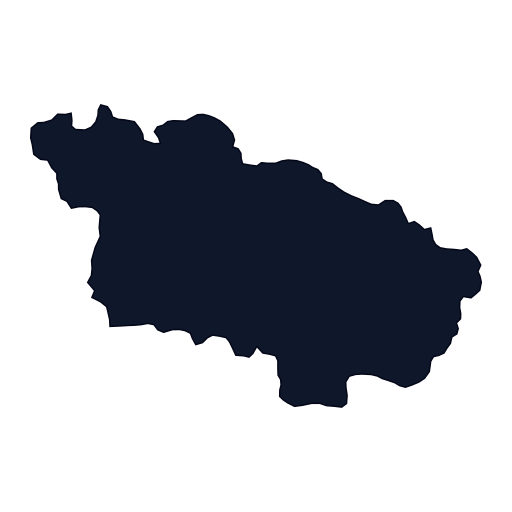 the district of Guaranésia, Minas Gerais, Brazil, rotated 90°
{"feature_id": "56859067B62270278067263", "entity_name": "Guaranésia", "entity_type": "district", "adm_level": 2, "iso_a3": "BRA", "parent_name": "Brazil", "parent_adm1": "Minas Gerais", "projection": "albers", "projection_center": [-46.812, -21.278], "detail": "fine", "context": "isolated", "style": "filled", "palette": "ink", "viewbox_px": 512, "rotation_deg": 90, "n_neighbors": 0, "source": "geoboundaries", "source_scale": "gbopen_adm2", "svg_char_len": 2663}
<svg xmlns="http://www.w3.org/2000/svg" viewBox="0 0 512 512"><g transform="rotate(90 256 256)"><path d="M128.2,480.7L137.8,481.3L144.5,479.7L154.3,478.2L159.3,471.5L160.1,464.3L167.8,460.2L173.3,455.1L178.9,455.1L183.9,453.4L189.3,453.4L198.6,450.7L201.2,445.1L208.2,440.6L206.7,433.4L206.6,426.5L207.4,419.7L210.7,414.9L214.9,411.7L227.5,412.8L236.4,411.7L247.5,416.8L260.2,420.4L268.7,419.9L275.6,420.6L282.4,424.3L290.7,417.3L297.4,420.1L301.6,411.7L306.7,405.3L319.7,402.3L326.4,402.0L325.9,391.3L325.4,383.1L325.2,377.3L324.6,370.7L323.4,364.2L324.6,358.1L329.8,354.2L332.3,348.4L329.6,339.5L329.5,332.2L330.6,327.0L333.2,321.6L338.6,319.5L344.6,316.2L342.6,309.5L337.8,304.7L335.1,299.4L336.1,292.5L337.6,285.9L341.8,282.5L348.2,279.4L355.2,276.2L355.8,268.1L357.1,263.0L353.4,259.1L346.4,255.2L353.0,249.2L354.2,242.3L355.8,236.4L360.7,234.1L368.7,234.1L375.2,233.9L379.6,231.3L385.0,230.9L390.2,232.2L396.4,232.3L400.0,228.6L402.9,224.2L406.3,217.5L405.3,209.7L403.3,200.3L403.3,192.2L405.6,185.5L406.3,176.9L407.1,170.3L403.5,165.5L395.4,164.9L388.2,166.0L382.0,166.3L376.2,162.8L374.4,156.4L374.0,150.2L374.5,140.8L376.0,134.6L378.6,129.6L380.4,123.9L382.7,117.2L385.6,112.4L387.2,106.6L385.0,100.2L382.0,93.0L378.2,87.4L371.6,82.7L361.2,81.3L356.6,78.5L355.4,73.3L353.0,68.0L348.6,65.4L343.4,61.6L337.0,60.2L333.9,55.2L328.6,53.8L322.9,55.6L318.8,51.5L313.6,51.3L307.4,52.4L301.1,52.1L296.5,48.7L297.8,41.0L294.2,36.6L290.3,32.3L282.3,30.7L276.3,32.0L271.5,34.1L265.1,31.3L257.3,35.4L253.0,39.9L248.8,45.3L250.3,50.8L249.5,57.7L249.0,65.2L247.8,71.9L244.6,76.3L240.0,79.0L234.8,79.9L228.0,81.3L229.6,87.7L225.0,92.7L221.6,97.7L223.7,103.7L217.1,106.6L212.0,109.3L207.1,111.0L203.2,114.1L200.6,118.8L200.6,126.8L205.0,133.5L204.3,140.8L201.6,147.1L198.8,153.2L195.7,161.1L192.1,168.1L187.9,174.3L183.7,179.6L182.0,185.5L178.9,189.9L173.7,190.8L169.6,194.2L167.5,199.4L164.8,203.6L162.7,208.6L160.7,215.3L160.0,223.9L161.0,230.3L163.3,236.4L163.3,244.2L162.7,250.6L166.0,255.0L165.2,261.6L163.8,269.4L158.7,270.8L153.3,271.1L148.8,273.9L146.8,279.4L140.0,277.5L133.6,279.5L127.1,284.8L121.2,291.6L117.9,297.6L115.7,303.3L114.4,309.0L114.7,314.5L117.8,320.4L121.1,326.4L120.9,333.3L120.7,338.7L121.6,344.3L125.2,348.9L126.9,354.6L131.7,357.6L137.7,353.4L143.4,351.5L143.7,357.9L141.9,363.4L140.1,368.6L134.3,369.3L129.0,372.0L121.7,377.6L119.9,387.3L119.3,393.8L117.0,399.5L111.5,401.3L106.7,404.6L104.9,411.2L109.8,413.7L115.3,414.0L121.9,416.2L127.2,420.7L130.0,427.0L129.5,436.6L126.1,440.5L120.4,440.1L113.2,440.9L114.5,446.5L114.2,454.3L120.1,460.2L122.5,468.2L122.8,474.2L128.2,480.7Z" fill="#0f172a" stroke="#020617" stroke-width="1.5"/></g></svg>